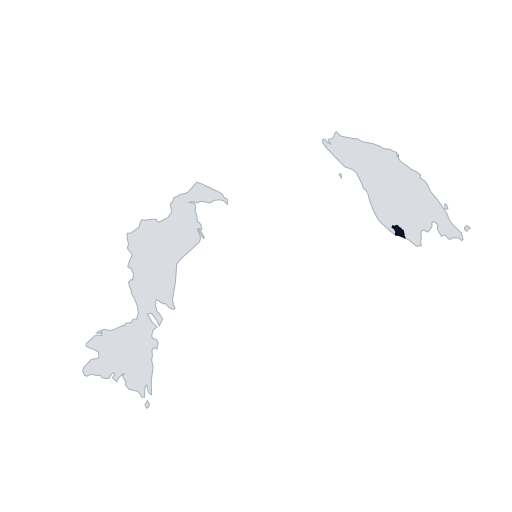 Setiu, Terengganu, Malaysia shown in context, rotated 155°
{"feature_id": "92858781B44112931825428", "entity_name": "Setiu", "entity_type": "district", "adm_level": 2, "iso_a3": "MYS", "parent_name": "Malaysia", "parent_adm1": "Terengganu", "projection": "equal_earth", "projection_center": [102.786, 5.461], "detail": "fine", "context": "in_parent", "style": "filled", "palette": "ink", "viewbox_px": 512, "rotation_deg": 155, "n_neighbors": 0, "source": "geoboundaries", "source_scale": "gbopen_adm2", "svg_char_len": 5412}
<svg xmlns="http://www.w3.org/2000/svg" viewBox="0 0 512 512"><g transform="rotate(155 256 256)"><path d="M426.7,254.1L424.1,253.5L420.5,250.5L416.7,249.4L406.0,249.3L404.4,248.4L402.3,250.2L398.6,248.7L396.5,248.9L394.1,250.7L390.7,249.1L389.1,251.7L386.9,253.5L384.6,260.7L384.2,269.3L384.7,274.6L383.6,277.5L383.2,283.6L382.4,286.3L379.3,287.4L378.0,286.5L375.3,290.2L374.6,291.7L374.5,297.6L376.7,299.5L376.6,300.7L372.2,305.6L368.4,308.5L367.8,311.0L369.3,316.1L368.7,318.6L366.7,319.8L365.2,326.4L363.4,330.7L362.7,331.1L360.0,329.7L349.9,331.6L346.9,335.1L344.0,337.2L341.7,335.1L340.5,335.3L331.0,331.6L330.6,328.4L329.7,327.8L319.9,328.0L313.8,331.4L311.5,339.8L308.2,340.7L305.8,343.6L301.6,343.2L299.0,344.0L294.9,342.7L291.0,342.5L278.4,347.8L274.4,344.0L262.2,329.1L260.5,326.5L260.1,321.9L258.8,321.0L258.3,319.9L258.1,318.5L260.0,314.8L261.9,319.6L264.9,322.2L270.2,324.1L275.1,323.5L282.0,328.4L284.2,329.1L286.6,328.8L290.9,332.5L293.5,332.7L290.0,330.1L289.4,328.1L289.8,325.9L292.1,323.0L292.4,318.3L294.1,313.7L294.4,311.6L293.2,310.0L292.9,307.1L293.9,303.2L296.2,305.2L298.1,304.7L298.1,297.6L299.5,294.5L301.8,292.4L325.2,285.2L329.1,283.5L331.7,281.4L340.1,266.3L350.0,252.0L351.4,247.0L351.3,243.5L351.8,242.6L352.9,242.2L355.1,244.0L356.3,245.4L358.4,251.5L360.4,251.7L363.7,257.5L364.4,258.2L365.4,257.9L368.0,254.1L368.7,251.4L368.1,251.0L369.3,247.8L368.2,245.8L367.2,238.6L373.1,233.5L373.1,239.4L374.9,247.9L377.8,249.1L379.3,248.6L378.5,246.0L378.2,241.0L377.3,237.7L375.5,233.5L380.4,232.5L384.1,228.0L384.7,225.1L382.3,223.4L381.3,221.3L381.2,219.0L385.1,213.6L385.5,215.1L388.0,215.6L389.1,215.5L390.8,213.3L391.6,210.1L394.6,205.7L396.2,198.7L403.5,187.6L409.3,174.4L410.5,175.5L410.9,179.0L409.7,185.2L412.3,183.7L416.7,175.0L419.3,176.4L419.2,178.8L420.2,183.2L427.7,189.0L428.8,194.7L427.1,196.8L427.8,202.3L427.2,204.0L424.8,205.6L431.4,204.0L435.3,200.9L437.7,206.3L433.9,208.4L434.8,210.7L438.3,209.3L440.5,207.4L442.7,207.8L446.1,210.0L447.1,211.3L447.8,213.9L450.3,214.8L455.5,218.5L460.1,218.5L461.8,220.3L461.7,225.0L459.2,227.8L449.6,231.7L447.1,231.5L443.5,230.1L441.0,230.9L439.4,235.5L442.4,240.0L447.4,244.7L448.1,245.9L447.1,248.2L435.8,251.8L433.5,251.5L429.3,249.2L426.7,254.1ZM60.2,189.9L61.4,183.4L63.2,183.1L64.9,186.8L70.9,189.7L72.7,188.8L73.5,189.4L74.3,190.3L76.0,195.4L79.7,195.5L80.2,203.6L78.5,206.7L78.2,208.8L81.0,212.6L82.6,211.7L84.0,208.3L90.3,205.0L92.8,208.6L95.2,208.6L96.9,207.3L98.2,202.9L100.7,199.6L101.7,195.5L105.3,196.6L106.7,197.5L110.8,206.2L116.2,212.4L120.2,215.8L122.6,219.1L129.3,234.9L130.1,240.0L130.4,247.8L129.4,259.6L128.2,265.5L128.4,268.2L130.1,272.5L129.6,276.5L129.8,289.1L131.9,293.6L137.7,299.1L146.2,323.4L147.7,330.3L146.9,332.9L145.3,333.5L144.0,332.2L143.2,328.9L141.2,326.2L141.4,331.0L137.8,330.4L135.2,331.1L132.1,334.5L130.7,334.6L128.1,328.4L118.4,321.4L114.8,319.6L111.1,314.4L102.6,308.5L97.2,302.8L95.0,299.3L89.5,296.2L87.1,292.5L84.7,290.5L86.0,286.9L84.8,280.1L81.0,273.9L79.1,269.5L75.4,265.2L72.6,259.9L74.3,258.3L71.4,252.5L70.5,248.4L70.5,240.5L67.5,229.4L65.0,214.0L65.5,208.6L64.8,202.8L60.2,189.9ZM416.9,169.4L415.6,170.9L415.2,166.8L417.0,164.6L419.4,164.2L419.5,167.9L418.9,168.9L416.9,169.4ZM54.5,189.2L55.9,192.2L54.8,194.0L53.9,193.5L52.3,194.9L50.5,192.0L50.2,190.5L52.4,190.8L54.5,189.2ZM297.0,303.8L296.3,304.2L295.3,303.2L295.1,294.6L295.8,293.8L296.7,295.5L297.0,303.8ZM64.7,219.0L63.1,223.1L61.6,222.6L61.9,218.0L62.8,217.4L64.7,219.0ZM433.3,253.7L430.3,254.2L428.3,254.1L428.6,251.8L429.5,251.5L433.3,253.7ZM146.3,294.8L144.7,294.9L144.3,293.8L145.5,290.9L146.3,294.8ZM85.2,287.6L84.2,288.1L84.3,286.3L85.1,285.3L85.2,287.6Z" fill="#d9dde1" stroke="#a8b0b8" stroke-width="1"/><path d="M120.3,224.3L120.1,224.1L119.4,223.2L119.2,223.1L119.1,222.9L119.2,222.5L119.1,222.3L119.0,222.2L118.9,222.1L118.7,222.0L118.6,221.9L118.8,221.7L119.0,221.6L119.0,221.4L118.9,221.4L118.9,221.2L118.9,220.8L118.9,220.7L118.7,220.4L118.8,220.1L118.9,219.8L118.9,219.6L118.9,219.4L118.8,219.1L118.8,218.9L118.7,218.6L118.7,218.3L118.7,218.2L118.8,217.9L119.2,218.2L120.5,216.4L119.8,215.6L119.6,215.5L119.4,215.5L119.2,215.5L118.8,215.4L118.3,215.1L117.8,214.6L117.4,214.4L116.5,213.2L115.9,212.5L115.6,212.2L115.4,212.1L115.2,211.9L114.2,210.9L113.5,209.9L113.3,210.5L113.3,210.8L113.5,211.0L113.6,212.0L113.5,212.6L113.4,212.8L113.3,213.1L113.1,213.1L113.2,213.3L113.1,213.5L112.8,213.8L112.7,213.8L112.5,214.0L112.5,214.4L112.6,214.6L112.6,214.8L112.6,215.0L112.4,215.4L112.4,215.6L112.5,215.6L112.6,215.9L112.5,216.0L112.4,216.1L112.2,216.4L112.1,216.5L112.0,216.9L112.0,217.0L112.3,217.1L112.5,217.2L112.6,217.4L112.7,217.5L112.8,217.7L112.9,217.8L113.0,218.0L113.3,218.5L113.3,219.0L113.2,219.5L113.4,219.5L113.5,219.5L113.7,219.3L113.8,219.4L113.9,219.5L113.8,220.0L114.0,220.5L113.9,220.7L113.9,220.9L114.0,221.0L114.4,221.0L114.6,221.0L114.7,221.3L114.8,221.6L114.8,221.9L114.8,222.0L114.9,222.3L114.9,222.5L114.8,222.8L114.8,223.1L114.9,223.3L115.0,223.3L115.2,223.6L115.4,223.6L115.5,223.7L115.5,223.8L115.6,224.0L116.0,224.3L116.3,224.3L116.5,224.2L116.8,223.9L117.0,223.5L117.3,223.3L117.4,223.1L117.6,223.2L117.6,223.4L117.7,223.5L117.8,223.6L118.0,223.8L118.1,223.7L118.3,223.9L118.4,224.0L118.4,224.4L118.4,224.5L118.6,224.6L118.7,224.9L118.9,225.0L119.1,225.3L119.2,225.2L119.3,225.1L119.5,224.9L119.8,224.9L120.3,224.3Z" fill="#0f172a" stroke="#020617" stroke-width="1.5"/></g></svg>